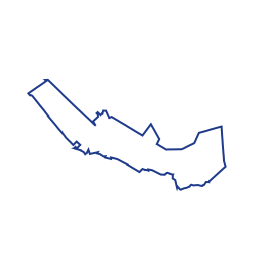 outline of Sierra Mojada, Coahuila, Mexico, rotated 296°
{"feature_id": "50627088B20309017506244", "entity_name": "Sierra Mojada", "entity_type": "district", "adm_level": 2, "iso_a3": "MEX", "parent_name": "Mexico", "parent_adm1": "Coahuila", "projection": "robinson", "projection_center": [-103.689, 27.586], "detail": "fine", "context": "isolated", "style": "outline", "palette": "blue", "viewbox_px": 256, "rotation_deg": 296, "n_neighbors": 0, "source": "geoboundaries", "source_scale": "gbopen_adm2", "svg_char_len": 4195}
<svg xmlns="http://www.w3.org/2000/svg" viewBox="0 0 256 256"><g transform="rotate(296 128 128)"><path d="M154.7,193.8L147.5,194.0L146.5,194.1L144.7,194.1L143.4,194.1L142.8,193.7L142.3,193.2L142.2,193.2L139.6,191.1L135.1,187.7L134.3,187.1L132.4,185.5L131.0,182.7L129.1,179.0L128.4,177.6L127.6,176.0L127.0,174.7L125.3,171.6L125.5,169.9L125.5,169.3L125.6,168.1L125.7,167.4L125.8,165.9L125.8,165.1L125.9,164.2L126.1,162.3L126.2,160.9L131.7,160.9L139.0,150.4L139.8,149.1L140.5,148.2L141.4,146.9L127.6,144.3L128.1,138.0L128.7,131.7L128.9,129.4L129.1,127.0L129.3,125.2L129.6,121.5L129.7,120.5L129.7,119.9L129.7,119.7L129.8,118.5L130.0,116.7L130.2,114.1L130.2,113.6L130.3,112.5L130.5,110.9L130.5,110.2L130.6,109.2L130.7,108.6L128.7,106.9L131.2,104.0L131.3,103.9L132.9,102.0L134.0,100.7L132.8,98.0L130.0,98.6L130.2,98.1L128.8,97.8L127.5,97.6L128.4,95.6L129.0,93.7L127.7,93.2L127.1,94.8L126.7,95.0L126.4,95.2L126.3,95.3L126.1,95.4L125.9,95.5L125.7,95.6L125.4,95.8L125.2,95.9L125.0,96.0L124.9,96.1L124.7,96.2L124.4,96.1L124.0,95.9L122.3,95.2L121.9,95.1L121.6,95.0L121.4,94.9L121.2,94.8L121.1,94.7L120.2,94.4L119.7,94.2L118.5,93.7L117.5,95.3L116.5,96.8L115.8,97.9L116.1,96.8L118.1,90.8L118.6,89.2L120.2,84.0L120.5,83.2L121.5,80.1L122.5,77.0L123.5,73.7L125.2,68.4L126.5,64.4L126.7,63.9L127.2,62.2L127.7,60.8L128.4,58.6L129.2,56.0L129.6,54.8L130.4,52.3L133.6,42.5L136.1,34.8L134.8,32.5L134.4,33.9L129.3,31.1L126.0,29.2L125.0,28.6L124.6,28.3L124.0,28.0L123.9,28.0L115.5,23.3L115.0,24.3L114.5,25.6L114.9,25.9L115.0,27.8L113.2,31.7L110.4,37.6L110.1,38.1L108.3,42.1L107.1,44.7L107.0,44.9L105.9,47.0L103.9,51.0L103.4,50.8L101.4,55.2L101.3,55.4L101.1,56.0L100.7,56.9L97.9,63.1L97.7,63.5L97.0,64.9L94.9,69.7L94.3,71.1L94.7,71.4L94.9,71.4L94.8,71.5L94.1,73.0L93.5,74.2L92.9,75.4L92.5,76.1L92.2,76.7L91.4,79.0L90.1,82.8L88.8,86.3L89.6,86.6L89.8,86.7L93.3,87.8L92.7,89.9L92.6,90.2L91.9,92.5L87.5,91.1L87.4,91.0L87.5,90.8L87.6,90.4L88.0,89.1L87.6,89.0L87.1,88.8L86.7,88.7L86.3,88.6L86.2,88.5L86.4,90.0L86.6,91.0L87.3,95.2L87.1,95.2L87.0,98.7L85.7,101.0L86.0,101.1L86.3,101.3L86.8,101.5L87.0,101.6L87.2,101.9L91.2,101.9L91.0,102.1L89.3,103.8L89.2,103.8L88.0,105.1L92.4,110.7L93.0,111.4L91.6,111.3L92.2,114.2L91.7,118.4L92.8,120.2L91.5,120.3L91.6,120.9L92.8,126.4L94.1,125.7L94.9,129.4L94.9,129.6L95.4,131.9L95.4,133.7L95.3,136.2L95.3,137.2L95.2,138.1L95.1,143.3L95.1,143.7L94.9,143.7L94.6,143.6L94.2,147.9L93.6,155.4L93.4,157.6L96.0,158.5L97.5,159.0L97.5,159.3L97.5,159.5L97.5,159.8L97.6,160.1L97.6,160.3L97.6,160.5L97.7,160.9L97.6,161.1L97.6,161.4L97.8,161.5L97.9,161.9L97.9,162.0L98.0,162.1L98.0,162.3L98.1,162.5L98.1,162.8L98.2,163.0L98.3,163.2L98.4,163.4L98.4,163.5L98.4,163.8L98.5,164.0L98.6,164.3L98.6,164.5L98.6,165.0L98.8,164.9L99.6,164.4L100.6,168.2L100.6,168.3L100.5,177.8L101.0,178.9L101.2,179.4L102.0,181.4L102.1,181.5L102.3,181.5L102.7,181.5L102.9,181.6L103.0,181.7L103.1,181.8L103.3,181.9L103.4,182.0L103.6,182.1L103.8,182.2L104.1,182.3L104.4,182.4L104.5,182.4L104.6,182.5L104.8,182.7L104.8,182.8L104.9,183.0L105.0,183.3L105.0,183.5L105.1,183.9L105.1,184.2L105.1,184.4L105.2,184.5L105.2,184.9L105.2,185.2L105.2,185.3L105.2,185.6L105.2,185.8L105.3,185.8L105.3,186.0L105.4,186.5L105.5,186.8L105.5,187.1L105.5,187.3L105.5,187.5L105.6,188.3L105.6,188.5L105.8,188.7L105.9,188.9L105.7,188.9L105.4,188.9L105.1,189.0L104.8,189.2L103.4,189.8L103.2,189.9L102.3,190.3L101.9,193.3L100.6,194.4L99.1,195.6L97.4,196.9L97.3,197.0L95.7,198.4L97.1,198.2L95.7,201.5L95.7,202.5L96.1,202.9L96.5,203.0L97.6,204.2L97.9,204.4L98.1,204.6L98.4,204.8L99.1,205.8L100.0,207.0L101.4,208.0L101.8,208.5L102.3,209.0L103.2,209.1L104.0,209.3L104.7,209.7L105.0,211.8L107.3,215.7L107.4,215.9L107.9,218.4L108.0,218.7L108.0,218.8L108.0,219.0L108.3,219.9L109.6,220.4L109.6,220.5L109.8,220.9L109.8,221.0L111.4,221.4L112.6,221.5L113.6,221.6L114.9,224.8L115.5,224.4L115.5,224.5L116.4,224.9L118.2,225.6L129.3,230.0L136.0,232.7L140.6,228.7L143.6,227.0L145.3,226.0L145.6,225.9L146.5,225.2L148.3,224.2L155.1,220.2L159.2,217.9L159.8,217.5L160.7,217.0L162.7,215.8L162.9,215.7L164.7,214.7L166.8,213.5L170.3,211.5L166.9,207.6L165.1,205.6L163.6,203.9L161.4,201.4L160.8,200.7L160.1,200.0L154.7,193.8Z" fill="none" stroke="#1e3a8a" stroke-width="2"/></g></svg>